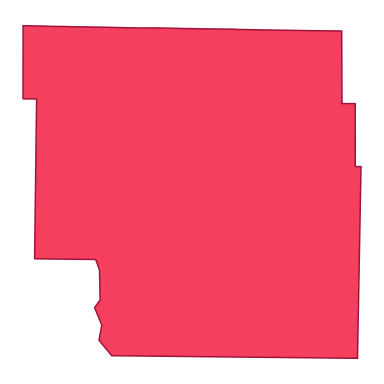 Nodaway, Missouri, United States of America
{"feature_id": "52423323B34301211458576", "entity_name": "Nodaway", "entity_type": "district", "adm_level": 2, "iso_a3": "USA", "parent_name": "United States of America", "parent_adm1": "Missouri", "projection": "albers", "projection_center": [-94.942, 40.352], "detail": "fine", "context": "isolated", "style": "filled", "palette": "rose", "viewbox_px": 384, "rotation_deg": 0, "n_neighbors": 0, "source": "geoboundaries", "source_scale": "gbopen_adm2", "svg_char_len": 578}
<svg xmlns="http://www.w3.org/2000/svg" viewBox="0 0 384 384"><path d="M341.7,31.0L313.4,30.7L295.4,30.4L294.4,30.4L262.4,29.9L241.6,29.5L236.7,29.4L234.6,29.2L193.8,28.7L191.2,28.6L183.7,28.5L161.2,28.0L154.8,27.9L140.8,28.0L97.6,27.1L91.6,27.0L81.6,26.8L76.2,26.9L74.5,26.8L74.3,26.8L73.4,26.8L68.6,26.6L49.8,26.3L44.5,26.1L23.1,25.7L23.0,98.8L36.6,99.0L34.6,258.8L95.7,259.5L99.5,270.0L100.1,300.0L94.6,307.6L101.8,325.1L99.0,340.3L111.7,355.7L357.5,358.3L361.0,166.6L355.3,166.6L355.2,103.6L342.0,103.6L341.7,31.0Z" fill="#f43f5e" stroke="#9f1239" stroke-width="1.5"/></svg>